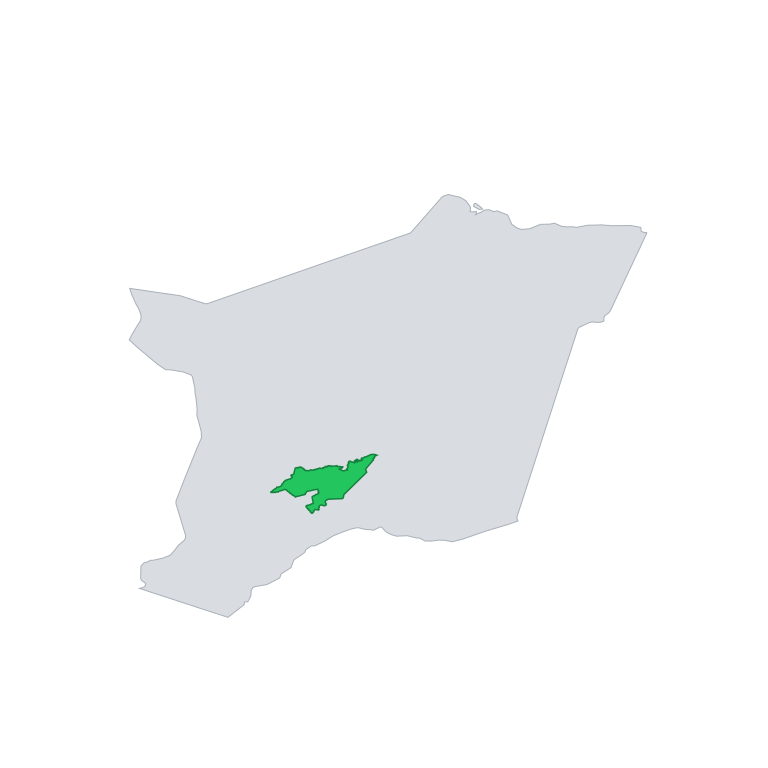 Turkana East, Rift Valley, Kenya (highlighted), rotated 251°
{"feature_id": "3690345B18632189504967", "entity_name": "Turkana East", "entity_type": "district", "adm_level": 2, "iso_a3": "KEN", "parent_name": "Kenya", "parent_adm1": "Rift Valley", "projection": "equal_earth", "projection_center": [36.31, 1.871], "detail": "fine", "context": "in_parent", "style": "filled", "palette": "green", "viewbox_px": 768, "rotation_deg": 251, "n_neighbors": 0, "source": "geoboundaries", "source_scale": "gbopen_adm2", "svg_char_len": 8563}
<svg xmlns="http://www.w3.org/2000/svg" viewBox="0 0 768 768"><g transform="rotate(251 384 384)"><path d="M210.9,466.0L210.8,456.0L211.8,430.6L211.7,408.3L212.6,397.2L216.7,390.1L218.6,385.0L220.0,377.8L222.1,371.9L226.9,367.2L227.8,364.6L233.0,356.6L236.0,346.4L238.4,342.9L241.3,339.7L243.3,338.0L246.7,336.3L249.3,335.3L249.8,334.5L250.0,332.9L249.1,326.5L250.3,324.5L252.1,320.2L254.1,316.3L256.0,313.8L257.0,311.2L257.5,306.7L257.6,303.6L257.6,298.4L257.0,286.7L254.8,276.9L253.5,265.9L254.5,262.3L252.8,255.9L251.9,255.5L250.5,254.1L248.7,248.0L247.4,242.5L246.6,241.1L240.7,236.3L237.9,224.9L234.6,222.3L232.9,211.0L232.5,207.7L234.4,196.4L234.2,193.8L232.3,191.4L226.8,189.0L222.4,184.3L222.9,182.7L223.3,181.0L220.9,179.9L214.2,160.5L222.9,148.9L231.7,137.2L243.0,122.3L253.4,108.6L262.3,96.8L270.3,86.3L270.1,88.3L270.1,90.9L271.1,92.6L272.8,93.7L275.0,92.5L277.0,90.9L279.0,90.5L290.9,94.9L293.0,98.7L292.8,102.8L293.3,105.8L292.4,108.8L291.4,117.9L291.7,126.2L295.3,132.4L298.5,137.2L301.1,144.0L302.9,146.1L305.5,147.1L313.8,147.4L326.0,147.9L337.7,148.3L338.8,148.4L341.3,149.4L352.1,158.5L362.0,166.9L370.3,174.2L378.5,181.3L386.4,188.2L392.5,193.9L398.5,195.7L408.4,196.5L415.1,196.8L421.4,199.2L430.8,201.4L437.7,202.6L441.9,203.9L453.6,205.2L455.5,204.4L460.7,198.1L466.4,187.8L468.7,182.1L476.1,176.5L489.2,168.6L498.4,163.0L508.7,157.5L513.3,162.3L519.8,170.1L522.7,173.9L525.0,175.6L528.5,176.7L532.7,176.7L535.0,176.6L539.8,175.6L550.9,174.6L557.2,174.7L551.9,185.0L545.5,197.3L533.8,220.1L524.8,232.0L518.1,241.1L517.5,242.7L517.5,252.8L517.6,277.4L517.8,326.7L518.0,376.0L518.1,425.3L518.2,450.0L518.2,458.3L524.1,468.6L529.9,478.8L537.6,492.2L541.7,499.3L542.4,501.7L542.2,506.5L535.9,516.6L530.7,521.1L523.7,523.3L521.6,522.9L518.9,521.5L517.8,523.9L517.0,527.6L515.4,526.8L514.3,525.7L515.0,532.4L515.7,535.7L514.6,540.1L511.2,544.0L510.9,547.3L503.6,555.9L493.2,556.9L487.7,561.1L485.3,564.6L483.4,572.3L484.0,584.0L481.1,593.0L480.6,597.5L475.2,603.3L472.8,608.7L471.0,614.2L469.5,616.6L467.7,628.8L465.2,636.2L464.5,638.7L463.9,640.9L461.9,645.3L460.7,648.3L459.7,650.2L453.4,669.2L448.4,677.8L444.5,676.8L442.0,680.2L441.7,681.7L440.3,680.9L437.1,677.7L430.4,671.3L423.8,664.8L417.1,658.3L410.5,651.9L403.8,645.4L397.2,639.0L390.5,632.5L383.9,626.1L380.0,622.3L378.2,620.0L376.9,615.6L376.2,614.5L374.4,613.1L372.4,612.7L371.8,611.9L371.8,609.7L372.5,606.6L375.0,600.7L375.2,597.2L374.7,593.3L374.0,586.9L373.3,585.5L368.9,582.2L359.7,575.2L350.4,568.3L341.2,561.3L331.9,554.3L322.7,547.4L313.4,540.4L304.1,533.5L294.9,526.5L285.6,519.5L276.4,512.6L267.1,505.6L257.9,498.7L248.6,491.7L239.3,484.7L230.1,477.8L220.8,470.8L217.4,468.2L214.2,466.0L210.9,466.0ZM518.8,533.6L517.2,534.1L518.0,530.8L522.8,526.5L524.7,527.5L525.1,528.4L525.0,529.3L524.2,530.2L518.8,533.6Z" fill="#d9dde1" stroke="#a8b0b8" stroke-width="1"/><path d="M318.7,241.8L318.4,241.8L318.4,242.0L318.2,242.1L318.2,242.7L317.8,243.0L317.7,243.4L317.6,243.9L317.5,244.1L317.6,244.3L317.5,244.6L317.0,245.4L316.8,246.1L316.8,246.5L316.9,247.6L316.9,247.8L316.7,248.3L316.3,248.8L316.4,249.1L316.7,249.7L316.8,250.1L316.6,252.0L316.6,255.8L316.5,256.2L316.1,256.7L313.3,258.4L312.8,258.8L312.3,259.6L311.5,259.4L311.3,259.5L310.9,260.0L310.3,260.4L309.9,260.9L309.2,261.0L308.8,261.3L308.6,261.6L308.1,261.9L307.9,262.4L307.5,262.7L307.1,262.8L306.7,263.1L306.1,263.3L305.9,263.5L305.9,263.9L306.2,264.7L305.8,266.6L305.6,269.9L305.3,272.5L305.3,273.4L305.3,273.6L305.5,273.8L306.0,273.9L306.7,275.1L307.2,275.6L307.4,276.0L307.4,276.9L307.3,278.1L307.0,279.9L306.7,283.3L306.1,286.9L305.5,286.9L304.7,287.4L304.4,287.4L304.1,287.0L303.9,286.9L303.3,286.5L303.0,286.8L302.6,287.1L302.3,287.0L302.1,286.4L301.6,285.8L301.5,285.5L301.5,285.0L301.7,283.8L301.7,283.4L301.1,282.0L301.2,280.8L300.8,279.5L300.6,279.2L294.3,278.3L294.2,278.2L294.2,277.5L294.1,277.1L294.2,276.7L294.3,276.3L294.0,275.6L293.9,275.2L294.0,274.2L293.9,273.6L293.9,273.0L294.2,272.4L294.3,272.1L294.1,271.5L294.2,271.0L294.0,270.7L293.9,270.6L293.7,270.5L293.4,270.5L293.1,270.4L292.9,270.4L292.7,270.7L292.1,271.0L291.8,270.9L291.4,270.9L290.8,271.5L290.2,271.4L289.9,271.5L289.4,271.8L289.1,271.9L288.7,272.4L288.4,272.6L287.9,272.7L287.2,272.6L286.8,272.8L286.5,273.2L285.8,273.3L285.2,273.8L285.4,274.8L285.7,275.4L286.5,276.2L287.4,277.0L287.5,277.3L287.6,277.5L287.6,277.9L287.5,278.5L287.1,279.2L286.8,280.1L286.2,280.9L286.2,281.3L286.5,281.7L287.7,281.5L287.9,281.7L288.2,282.5L288.4,282.6L289.0,282.5L289.4,282.7L289.7,283.1L289.9,283.7L290.1,284.3L290.1,285.0L290.0,285.4L289.8,285.7L289.6,286.1L288.9,286.9L288.3,288.0L288.2,288.7L288.2,289.4L288.6,289.9L289.2,290.4L289.4,290.2L289.6,290.2L291.2,290.1L292.1,290.3L292.5,290.5L292.8,290.8L292.9,292.4L293.3,293.8L293.3,294.1L293.0,294.7L292.5,295.8L292.2,297.2L289.1,307.6L289.7,308.3L289.8,308.4L290.0,308.5L290.6,309.1L291.5,309.4L291.7,309.6L292.1,309.9L292.5,310.0L293.1,311.3L306.2,338.9L309.5,338.8L315.7,349.3L316.8,349.2L316.9,349.4L317.0,349.6L317.1,350.3L317.2,350.8L317.8,350.9L317.9,351.2L318.0,351.4L318.3,351.3L318.7,351.5L318.9,351.8L318.9,352.2L318.8,352.3L318.8,352.8L318.8,353.0L319.1,353.5L319.1,354.0L320.2,352.6L320.7,351.7L321.3,349.8L321.5,348.8L321.6,347.8L321.2,346.3L321.3,345.6L321.2,345.2L321.2,344.5L321.0,343.9L321.0,343.6L321.1,342.9L321.3,342.3L321.3,342.1L321.1,341.1L320.8,340.7L320.9,340.3L320.9,340.1L321.1,339.3L321.2,338.6L321.0,338.4L320.8,338.4L320.2,337.9L319.3,338.7L319.1,338.7L318.9,337.8L319.2,337.5L319.2,336.7L319.1,335.9L319.6,335.4L319.9,335.3L320.1,335.5L320.3,335.1L320.2,334.9L320.0,334.4L320.0,333.9L319.9,333.6L319.7,333.7L319.5,334.1L319.2,333.9L318.9,333.4L319.0,333.0L319.3,332.7L319.6,332.8L319.7,332.5L320.1,332.8L320.4,333.2L320.7,333.2L321.4,334.1L321.6,334.0L321.7,333.8L321.5,333.0L321.3,332.6L321.1,332.0L320.9,331.8L321.0,331.2L320.9,331.1L320.5,331.3L320.3,331.5L320.0,331.3L319.6,331.3L319.5,330.8L319.2,330.8L319.0,330.5L319.2,330.2L319.5,330.3L319.9,329.6L320.3,329.3L320.3,328.6L320.4,328.4L320.8,328.2L321.2,327.6L322.0,327.1L322.2,326.4L322.2,325.5L322.0,325.3L321.7,325.5L321.5,324.8L321.4,324.7L321.1,324.8L320.6,324.9L320.5,324.5L320.2,324.5L319.7,323.8L319.4,323.5L319.2,323.0L319.0,322.8L318.7,322.8L318.5,323.0L318.2,323.0L317.9,323.2L317.4,323.3L317.0,323.0L316.1,321.4L315.9,321.2L314.6,321.6L314.5,321.4L315.0,320.1L314.9,319.6L315.0,319.2L314.9,319.0L315.0,318.7L315.1,317.5L315.2,317.0L315.7,316.5L316.5,315.5L316.9,315.2L317.0,315.4L317.5,315.4L317.6,314.5L318.1,314.0L318.3,314.6L318.3,315.2L318.1,315.5L318.3,317.1L318.9,318.1L319.1,318.1L319.2,317.9L319.9,315.9L320.2,315.5L320.5,315.3L320.6,314.8L320.7,314.4L320.8,313.9L321.0,313.6L321.1,312.9L321.3,312.7L321.7,312.9L322.1,312.9L322.1,312.3L322.3,311.6L322.4,310.4L322.7,309.8L322.9,309.1L323.1,308.9L323.1,307.6L323.7,307.5L323.8,307.2L323.8,306.8L324.1,306.4L324.1,305.9L324.4,305.4L324.6,305.4L324.6,305.0L324.9,304.5L324.8,304.1L324.7,304.5L324.5,304.1L324.2,303.9L324.2,303.6L324.5,303.7L324.4,303.1L324.7,302.9L324.8,302.6L324.7,302.4L324.8,302.3L325.2,301.6L324.7,301.3L324.4,300.7L324.3,300.2L324.6,300.2L324.6,299.9L324.8,299.3L324.7,299.0L324.4,299.0L324.3,297.6L324.4,297.4L324.6,297.2L324.8,297.0L324.8,296.8L324.9,296.6L325.1,296.2L325.4,296.0L325.3,295.7L325.5,294.8L325.4,293.8L325.5,292.7L325.4,292.6L325.3,293.0L325.2,293.1L325.1,292.8L325.2,292.2L325.5,291.6L325.7,290.6L325.7,290.3L325.4,290.1L325.5,289.9L325.7,290.1L325.7,289.3L325.6,289.1L325.6,288.9L325.7,288.5L325.8,288.4L325.8,288.5L325.9,288.3L326.1,287.8L326.1,287.5L326.7,287.0L326.5,285.6L326.6,284.9L326.5,284.5L326.5,284.2L327.2,283.2L327.3,282.8L327.3,282.3L327.5,281.9L327.8,281.8L328.0,281.3L328.4,280.9L328.6,280.8L328.5,281.2L328.9,280.9L329.6,280.7L330.1,280.5L330.6,280.1L331.1,279.4L331.6,279.0L332.4,278.7L332.5,278.5L332.4,277.6L332.5,277.4L332.9,277.2L332.9,276.9L332.8,276.3L333.0,275.8L333.0,275.5L332.7,275.1L332.7,274.9L333.1,274.7L333.3,274.3L333.4,274.1L333.3,273.6L333.4,272.7L328.1,269.2L328.1,266.6L327.7,266.2L327.4,266.5L327.1,266.6L326.7,266.7L326.6,266.9L326.3,267.1L326.0,267.0L325.8,266.8L325.5,266.7L325.4,266.5L325.1,265.1L324.7,264.2L324.8,263.5L325.0,262.7L324.9,262.0L324.9,261.5L325.0,261.1L325.0,259.8L324.8,259.5L324.7,259.2L324.3,257.6L323.4,256.7L322.6,255.2L322.5,254.7L322.1,254.7L321.7,254.5L321.2,253.7L321.0,253.2L321.0,252.7L320.8,252.1L320.9,251.1L320.8,250.6L321.0,249.9L321.4,249.1L321.0,248.7L320.7,248.5L320.6,248.3L320.3,247.3L320.3,246.7L320.1,245.7L319.9,245.3L319.2,243.5L318.8,242.5L318.7,241.8Z" fill="#22c55e" stroke="#15803d" stroke-width="1.5"/></g></svg>